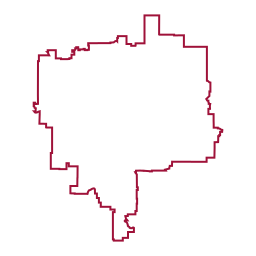 Donnybrook-Balingup, Western Australia, Australia
{"feature_id": "25037944B94844051789605", "entity_name": "Donnybrook-Balingup", "entity_type": "district", "adm_level": 2, "iso_a3": "AUS", "parent_name": "Australia", "parent_adm1": "Western Australia", "projection": "robinson", "projection_center": [115.939, -33.702], "detail": "fine", "context": "isolated", "style": "outline", "palette": "rose", "viewbox_px": 256, "rotation_deg": 0, "n_neighbors": 0, "source": "geoboundaries", "source_scale": "gbopen_adm2", "svg_char_len": 4867}
<svg xmlns="http://www.w3.org/2000/svg" viewBox="0 0 256 256"><path d="M206.9,46.8L183.9,46.8L183.9,40.6L183.9,35.3L175.0,35.4L174.1,35.4L174.1,34.7L171.9,34.7L159.5,34.7L159.1,34.5L159.2,15.4L144.5,15.4L144.5,36.9L144.5,40.5L144.5,43.3L136.6,43.3L135.6,43.3L135.6,45.5L135.5,45.8L131.2,45.8L131.2,44.0L126.5,44.0L126.5,36.1L117.9,36.1L117.9,38.0L117.2,38.0L117.2,41.2L117.2,41.3L117.1,41.2L116.8,41.0L116.7,41.0L116.3,41.0L116.2,41.0L115.9,41.0L115.7,41.1L115.3,41.1L115.2,41.2L113.7,42.4L111.9,42.5L110.4,42.5L110.4,43.1L91.3,43.2L88.2,43.2L88.2,45.5L88.9,45.5L88.9,47.5L88.9,49.8L87.3,49.8L87.3,50.1L84.8,50.1L84.8,48.9L83.6,48.9L83.6,49.4L79.8,49.4L79.8,50.2L78.3,50.2L78.2,47.2L76.2,47.2L76.2,48.4L75.3,48.4L75.5,48.8L75.0,50.0L74.8,50.2L72.2,50.2L72.2,51.8L74.3,51.8L74.3,54.7L71.5,54.7L71.5,58.2L69.4,58.2L69.4,59.0L69.2,59.0L67.7,59.1L66.1,59.1L61.0,59.1L61.0,58.4L60.4,58.4L59.9,58.4L57.9,58.4L55.8,58.4L55.8,57.1L55.8,52.3L55.8,50.2L50.1,50.2L47.7,50.2L47.7,50.3L47.8,50.3L47.9,50.5L48.0,50.5L48.1,51.0L48.1,51.3L48.1,51.7L48.1,52.1L47.4,52.1L47.5,52.2L47.6,52.3L47.8,52.5L47.9,52.8L48.0,53.0L49.2,55.4L48.9,55.4L45.9,55.3L38.9,55.3L38.9,61.1L38.0,61.1L37.9,94.3L38.0,103.8L36.5,103.8L36.5,104.0L35.1,104.0L35.1,102.7L33.7,102.7L33.7,106.1L34.2,106.1L34.5,107.1L34.5,107.7L34.9,108.0L35.7,108.3L35.8,108.3L35.8,108.5L35.7,109.4L35.6,110.9L35.6,111.3L34.2,111.3L34.3,111.4L34.3,111.6L34.4,111.8L34.6,112.0L34.8,112.3L35.2,112.5L35.3,112.5L35.5,112.6L36.0,112.5L36.3,112.5L36.6,112.5L36.8,112.5L36.9,112.4L37.0,112.4L37.4,112.2L37.6,112.1L37.8,112.0L38.1,111.8L38.3,111.7L38.5,111.7L38.8,111.6L39.1,111.5L39.4,111.4L39.7,111.3L39.7,114.4L39.4,123.7L46.1,123.8L46.1,127.4L46.5,127.5L52.1,127.5L52.1,148.1L52.1,153.0L50.8,153.0L50.8,168.8L59.4,168.8L59.4,169.1L66.5,169.1L66.5,163.2L68.8,163.2L68.8,163.3L68.8,166.3L70.9,166.3L71.9,166.3L77.6,166.3L77.5,177.8L77.4,177.9L77.3,186.0L70.4,186.0L70.4,193.3L71.5,193.4L74.7,193.4L74.7,193.7L74.7,193.8L77.5,193.8L79.8,193.8L86.8,193.8L87.5,193.9L87.6,193.6L87.5,193.4L87.5,193.2L87.8,192.8L87.8,192.7L87.9,192.2L88.0,192.0L88.1,191.7L88.4,191.3L88.6,190.9L88.7,190.7L88.8,190.5L88.9,190.4L89.1,190.3L89.4,190.2L89.9,190.1L90.3,189.9L90.5,189.8L91.0,189.6L91.2,189.3L91.6,189.1L91.9,188.9L92.6,188.7L92.9,188.6L93.0,188.5L93.5,188.4L93.8,188.4L94.0,188.4L94.2,188.5L94.4,188.6L94.6,188.8L94.7,189.0L94.8,189.3L94.9,189.5L95.0,193.5L96.9,193.5L96.9,198.0L98.9,198.0L98.9,201.7L98.9,202.6L100.8,202.6L100.8,206.1L100.7,206.1L100.7,206.8L110.4,206.8L110.4,209.5L114.6,209.5L114.6,212.1L112.9,212.1L112.9,217.5L112.9,239.4L113.8,239.4L113.8,240.6L119.4,240.6L122.8,240.6L122.8,237.9L128.0,237.9L128.0,232.0L133.9,232.0L133.9,228.5L134.0,228.1L133.9,227.8L133.7,227.7L133.4,227.5L133.2,227.5L132.9,227.5L132.6,227.7L132.5,227.8L132.3,227.9L132.0,228.0L131.9,228.1L131.7,228.1L131.4,228.2L131.1,228.2L130.9,228.2L130.5,228.1L130.1,228.0L129.9,227.9L129.7,227.8L129.7,227.7L129.6,227.3L129.5,227.2L129.2,226.9L128.8,226.7L128.5,226.5L128.3,226.4L128.1,226.3L128.0,226.1L127.8,225.8L127.8,225.7L127.9,225.4L127.9,225.2L127.8,224.9L127.6,224.5L127.5,224.1L127.4,223.6L127.2,223.1L127.1,222.9L126.9,222.7L126.7,222.5L126.4,222.2L126.0,221.9L125.9,221.7L125.7,221.6L125.4,221.6L125.2,221.6L125.0,221.4L125.0,221.2L124.9,221.2L124.7,220.9L124.4,220.5L124.2,220.3L124.5,220.4L127.4,220.4L127.1,220.0L126.0,218.8L125.7,217.4L125.4,216.6L125.3,216.1L127.8,216.0L127.8,214.3L135.4,214.3L135.4,211.0L136.7,211.0L136.7,203.7L137.1,203.7L137.1,198.7L136.7,198.7L136.7,190.0L137.8,190.0L137.8,187.3L136.9,187.3L136.9,185.3L136.9,184.2L136.8,174.5L136.8,174.4L136.5,174.1L136.4,173.9L136.3,173.7L136.1,173.5L135.9,173.4L135.7,173.2L135.2,172.2L136.0,172.2L136.0,170.7L139.8,170.6L143.7,170.7L143.7,170.9L145.7,170.9L149.9,171.2L149.9,171.4L151.9,171.4L151.9,170.6L153.5,170.6L156.6,170.6L160.4,170.6L165.8,170.6L165.2,169.6L169.3,168.6L169.3,168.2L169.3,167.9L169.3,167.7L169.4,167.4L169.4,167.2L169.5,166.9L169.6,166.7L169.8,166.3L169.8,166.1L169.8,165.9L171.6,165.9L172.0,165.9L172.1,161.7L200.4,161.8L206.6,161.8L206.6,157.7L214.4,157.7L214.6,148.1L214.6,142.2L218.1,142.1L218.2,139.4L218.2,136.2L219.3,136.2L219.3,135.0L220.1,135.0L220.1,131.9L222.1,131.9L222.1,130.3L222.3,130.3L222.3,129.9L220.7,129.5L220.2,128.9L219.9,128.8L219.0,128.4L217.8,128.4L217.8,127.7L213.7,127.7L213.7,124.6L213.6,120.5L213.6,118.3L213.6,114.1L208.4,114.1L208.4,112.6L208.4,111.5L208.4,110.0L208.4,109.4L208.4,108.9L208.8,108.9L209.7,108.9L209.9,108.9L209.9,108.4L210.0,108.4L209.9,106.7L209.9,105.2L210.0,105.1L210.2,104.0L209.6,104.0L209.5,103.9L208.7,103.9L208.7,103.3L209.0,103.1L208.4,102.2L208.4,100.7L207.4,100.7L207.0,100.2L206.9,100.0L206.6,99.4L206.3,99.0L209.4,96.0L209.4,91.5L210.4,91.6L210.4,84.7L210.4,82.5L209.2,82.2L208.2,81.2L207.6,80.9L207.0,80.9L206.9,80.8L206.9,72.4L206.9,46.8Z" fill="none" stroke="#9f1239" stroke-width="2"/></svg>